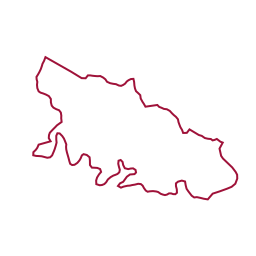 Pirapó, Rio Grande do Sul, Brazil (orthographic projection), rotated 169°
{"feature_id": "56859067B57075431460973", "entity_name": "Pirapó", "entity_type": "district", "adm_level": 2, "iso_a3": "BRA", "parent_name": "Brazil", "parent_adm1": "Rio Grande do Sul", "projection": "orthographic", "projection_center": [-55.227, -28.076], "detail": "fine", "context": "isolated", "style": "outline", "palette": "rose", "viewbox_px": 256, "rotation_deg": 169, "n_neighbors": 0, "source": "geoboundaries", "source_scale": "gbopen_adm2", "svg_char_len": 2758}
<svg xmlns="http://www.w3.org/2000/svg" viewBox="0 0 256 256"><g transform="rotate(169 128 128)"><path d="M218.9,128.7L220.8,125.9L222.6,124.2L225.5,122.3L226.2,119.3L223.5,118.1L221.0,117.5L218.1,116.7L215.2,115.3L212.9,114.2L210.0,114.1L207.7,115.6L206.5,117.4L205.2,119.3L203.9,121.4L202.3,124.4L200.9,127.3L200.6,130.4L199.9,134.0L198.3,136.3L196.1,135.7L194.1,132.7L192.9,129.9L192.3,127.0L191.7,123.7L192.4,121.3L192.7,118.8L192.6,115.7L192.1,110.1L191.9,106.7L191.6,103.9L189.9,102.3L187.5,102.1L184.4,103.4L181.9,105.4L180.3,107.2L178.5,109.9L176.6,110.8L173.6,109.4L171.3,106.6L171.6,103.3L172.4,98.9L171.0,96.0L168.1,95.3L165.8,94.7L163.2,93.0L162.8,90.0L165.3,88.0L167.8,85.3L169.3,82.5L169.8,78.9L166.7,77.2L164.4,77.0L161.9,77.5L159.8,78.9L157.6,81.3L154.4,83.1L151.5,84.1L149.4,84.4L147.1,84.9L145.0,86.2L144.0,88.5L144.3,91.7L144.4,94.8L143.5,97.7L141.3,98.0L139.8,95.7L139.8,92.6L138.8,89.1L135.6,87.6L133.2,87.7L130.7,87.4L128.6,85.4L128.6,82.8L130.4,81.5L132.3,81.7L134.9,82.0L138.4,80.4L143.0,76.1L146.4,75.2L148.9,73.0L146.3,70.8L143.6,71.3L139.6,71.4L137.0,71.1L134.8,71.2L132.0,71.1L128.7,71.3L126.1,70.5L124.6,68.6L123.8,66.0L122.5,63.2L120.9,61.7L118.8,61.7L115.5,61.3L112.4,60.3L110.6,59.4L108.5,57.2L106.5,56.0L104.5,55.1L102.4,55.2L100.2,56.0L98.2,55.6L96.3,54.5L94.2,54.0L92.3,55.1L91.8,58.5L92.0,61.8L91.5,64.5L89.1,65.8L85.2,66.1L82.2,64.6L82.3,60.9L82.1,57.2L80.8,54.2L79.8,52.2L78.4,49.4L76.3,47.2L73.6,47.0L70.3,45.6L67.1,44.1L63.3,42.7L57.4,47.4L50.1,48.3L42.4,49.5L37.5,50.5L33.3,52.8L30.4,57.5L29.8,61.3L30.7,64.3L33.2,69.4L40.6,79.9L41.9,82.9L42.1,90.3L37.8,95.6L39.9,96.9L42.9,100.3L45.2,99.8L47.3,99.7L48.8,101.4L51.6,102.2L54.5,103.5L57.1,106.2L59.8,107.6L67.9,114.9L71.2,112.0L74.8,112.6L75.3,115.8L76.4,118.8L76.9,121.5L77.3,124.1L77.3,127.0L78.8,129.8L80.6,132.0L82.0,134.0L83.7,136.8L86.3,139.0L89.1,139.9L91.3,141.5L93.4,142.8L94.8,145.0L106.8,145.6L107.8,148.6L108.8,151.0L109.9,154.5L109.7,157.9L111.2,160.1L113.1,162.6L113.6,165.5L113.6,168.5L113.2,172.1L113.3,175.2L115.8,175.5L118.4,174.8L120.3,173.9L122.4,172.1L124.5,171.2L126.7,170.7L128.8,171.4L131.4,173.3L134.1,174.2L137.0,175.4L139.8,177.4L140.9,180.1L142.8,182.3L145.3,184.3L147.7,184.6L149.7,185.1L152.7,186.0L155.2,186.9L157.3,187.3L160.1,184.9L164.0,185.8L173.2,194.2L195.5,213.3L197.6,209.9L199.7,207.3L200.7,205.3L202.4,202.4L204.5,199.6L206.3,197.5L208.1,195.6L208.4,193.2L208.2,190.6L209.1,187.7L209.4,184.4L208.7,181.0L207.1,179.4L204.7,178.1L202.2,176.5L199.6,174.4L198.2,171.2L198.8,167.8L198.6,164.5L197.3,162.2L194.9,160.2L192.3,158.6L191.0,156.0L191.1,152.9L191.7,150.3L192.0,146.6L197.2,144.2L199.3,142.7L201.7,141.1L205.6,138.3L206.9,136.1L207.7,133.2L206.5,129.7L218.9,128.7Z" fill="none" stroke="#9f1239" stroke-width="2"/></g></svg>